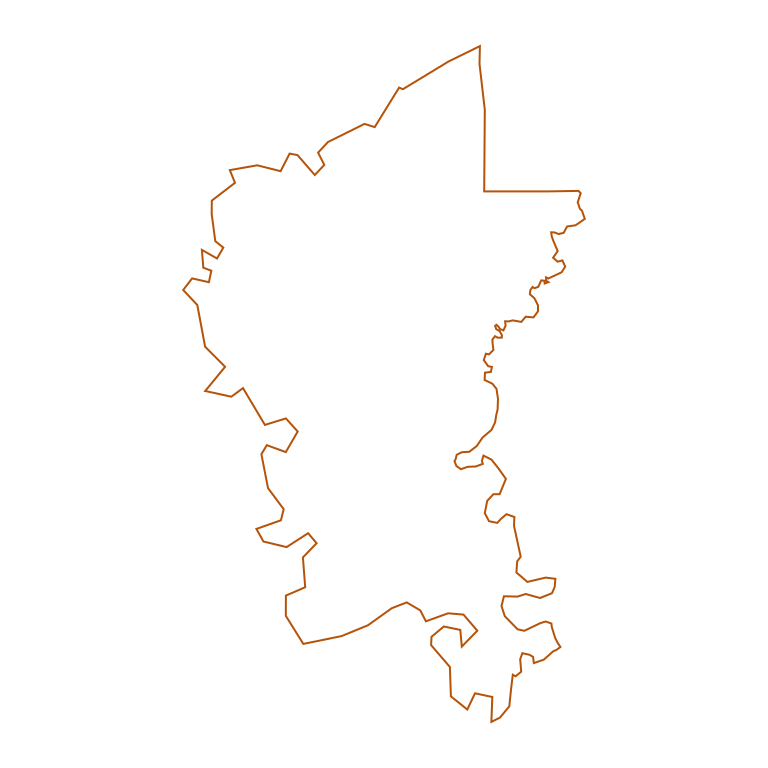 the district of Greene, Alabama, United States of America
{"feature_id": "52423323B21487028276872", "entity_name": "Greene", "entity_type": "district", "adm_level": 2, "iso_a3": "USA", "parent_name": "United States of America", "parent_adm1": "Alabama", "projection": "equal_earth", "projection_center": [-87.872, 32.837], "detail": "fine", "context": "isolated", "style": "outline", "palette": "amber", "viewbox_px": 768, "rotation_deg": 0, "n_neighbors": 0, "source": "geoboundaries", "source_scale": "gbopen_adm2", "svg_char_len": 2690}
<svg xmlns="http://www.w3.org/2000/svg" viewBox="0 0 768 768"><path d="M467.3,709.5L475.0,693.3L492.3,697.0L491.4,721.9L500.1,717.5L509.3,706.3L511.1,688.8L512.8,674.7L515.6,676.3L521.2,671.7L520.2,659.2L522.4,653.2L529.5,654.8L533.1,656.9L533.8,663.1L543.9,659.6L553.2,651.3L556.6,649.8L560.4,647.0L557.7,642.9L555.1,637.8L551.8,627.1L551.4,623.5L545.7,621.5L540.4,623.1L524.3,630.8L517.6,629.3L504.8,616.2L501.5,606.1L503.9,596.3L509.6,596.4L517.5,596.6L525.7,594.0L540.0,598.0L552.0,593.2L554.7,586.9L555.4,578.8L545.7,577.6L527.4,581.9L516.4,572.5L517.2,561.3L520.7,556.7L514.0,525.8L514.4,517.0L506.5,514.2L501.1,518.7L497.3,522.9L489.0,521.2L484.8,513.2L487.2,500.9L493.4,494.2L499.6,494.2L505.9,478.9L498.3,468.2L491.5,459.6L483.5,455.6L481.9,460.7L482.8,463.9L475.7,466.5L467.7,466.8L460.9,469.2L456.4,466.0L454.5,461.2L455.6,459.2L456.7,454.8L461.9,452.2L469.2,451.8L476.7,446.1L482.6,437.5L491.4,430.0L495.1,422.4L496.2,415.3L497.6,409.5L498.0,398.9L496.5,388.9L492.4,383.7L484.6,380.0L485.0,372.7L490.9,371.9L491.9,366.9L488.2,366.2L483.8,360.1L485.9,353.7L489.0,354.4L493.4,349.9L492.6,343.5L492.4,339.6L495.0,336.2L497.7,337.7L501.8,337.6L501.9,335.1L499.6,331.1L496.3,329.2L495.1,325.9L496.4,324.8L498.5,326.6L499.9,329.0L503.4,330.4L505.6,325.7L505.1,321.3L508.7,321.4L512.8,320.4L521.3,321.9L525.7,316.7L533.5,317.4L538.0,311.3L538.0,305.4L534.4,298.2L529.9,294.3L530.3,290.3L532.5,287.0L534.5,288.2L538.3,286.8L541.2,280.4L544.3,280.7L544.7,283.5L548.4,282.1L546.2,280.8L546.1,277.4L548.3,278.5L561.6,272.3L565.2,266.6L562.4,260.4L557.6,261.7L553.1,257.7L557.7,251.1L553.0,240.0L551.7,236.2L551.2,232.3L554.3,232.4L558.5,234.0L563.6,232.9L567.1,226.5L575.5,225.3L584.8,218.9L582.0,210.8L579.8,208.6L578.2,203.6L577.7,202.5L580.7,193.2L578.5,190.9L548.3,191.4L484.2,191.4L484.8,109.8L479.5,63.9L479.9,46.1L448.5,61.5L402.9,89.2L399.1,87.6L374.7,127.1L364.5,123.9L328.0,142.0L318.1,152.6L324.3,164.9L314.8,175.0L297.5,155.1L289.6,153.6L280.6,171.2L257.2,165.3L229.8,170.1L235.0,182.8L211.8,200.6L211.7,214.2L215.3,241.2L223.3,247.6L217.0,258.5L201.9,249.9L203.3,267.7L211.3,270.7L208.9,282.2L192.1,278.4L183.2,290.0L197.3,305.0L205.1,346.7L225.1,366.8L205.2,391.0L231.3,396.7L243.0,388.1L264.9,424.9L285.9,418.4L297.7,431.5L285.8,452.1L266.8,445.2L261.4,454.2L268.0,488.1L283.7,509.2L280.9,520.3L256.4,528.9L263.4,541.5L286.6,547.1L308.1,533.2L316.6,543.2L302.9,557.4L305.2,587.2L285.9,595.6L285.8,615.8L303.3,643.9L341.5,636.1L367.9,625.3L391.8,608.2L406.7,602.4L420.3,610.4L425.9,621.3L448.1,613.3L463.5,614.6L477.3,630.7L461.8,646.6L460.3,629.9L443.8,626.5L431.5,636.8L431.1,645.1L449.9,667.0L450.9,696.4L467.3,709.5Z" fill="none" stroke="#b45309" stroke-width="2"/></svg>